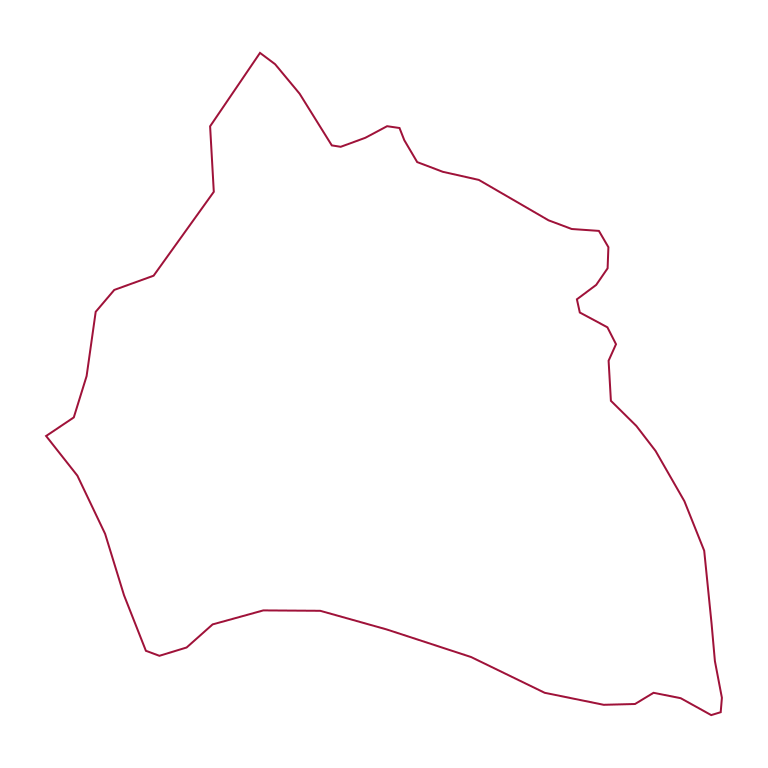 outline of Valentín, Salto, Uruguay
{"feature_id": "84410073B27014613956982", "entity_name": "Valentín", "entity_type": "district", "adm_level": 2, "iso_a3": "URY", "parent_name": "Uruguay", "parent_adm1": "Salto", "projection": "mercator", "projection_center": [-57.163, -31.313], "detail": "fine", "context": "isolated", "style": "outline", "palette": "rose", "viewbox_px": 768, "rotation_deg": 0, "n_neighbors": 0, "source": "geoboundaries", "source_scale": "gbopen_adm2", "svg_char_len": 814}
<svg xmlns="http://www.w3.org/2000/svg" viewBox="0 0 768 768"><path d="M46.1,436.0L77.4,475.7L105.1,533.8L124.0,595.2L145.9,650.8L159.4,655.8L186.6,647.5L212.6,624.4L263.3,610.4L320.2,610.8L386.5,629.4L471.0,657.0L544.7,692.8L603.7,704.8L635.0,704.0L653.5,692.8L680.7,698.2L711.2,715.1L720.7,712.2L721.9,697.8L714.9,661.1L711.6,624.0L704.2,550.7L684.4,501.2L655.6,451.0L636.4,426.0L610.9,400.8L608.6,360.7L616.0,344.2L607.4,327.3L579.8,312.5L576.9,299.3L596.2,284.9L607.6,268.3L608.4,247.2L598.9,230.9L571.7,229.0L548.5,220.3L478.8,179.9L442.8,171.8L417.2,162.1L404.3,140.2L399.5,128.0L387.1,126.2L365.3,137.8L340.7,146.8L331.8,145.4L299.6,93.7L275.1,64.2L260.0,52.9L210.1,126.3L213.8,191.8L153.6,275.7L114.3,289.9L95.7,311.8L86.6,376.1L73.8,417.4L46.1,436.0Z" fill="none" stroke="#9f1239" stroke-width="2"/></svg>